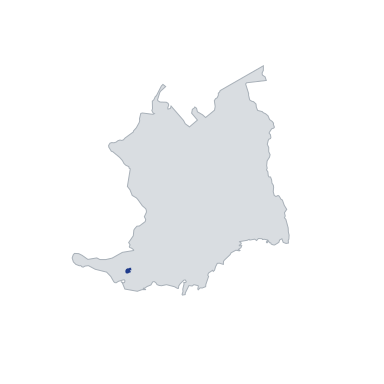 Algarrobo, Magdalena, Colombia (highlighted), rotated 230°
{"feature_id": "7082276B14520345470413", "entity_name": "Algarrobo", "entity_type": "district", "adm_level": 2, "iso_a3": "COL", "parent_name": "Colombia", "parent_adm1": "Magdalena", "projection": "albers", "projection_center": [-74.106, 10.222], "detail": "fine", "context": "in_parent", "style": "filled", "palette": "blue", "viewbox_px": 384, "rotation_deg": 230, "n_neighbors": 0, "source": "geoboundaries", "source_scale": "gbopen_adm2", "svg_char_len": 4825}
<svg xmlns="http://www.w3.org/2000/svg" viewBox="0 0 384 384"><g transform="rotate(230 192 192)"><path d="M217.6,65.6L214.1,67.1L207.3,68.9L202.7,76.7L199.5,78.0L195.6,82.6L192.7,88.3L190.5,99.9L184.7,109.7L185.2,110.1L187.5,109.7L189.7,108.6L190.5,108.9L191.3,110.6L194.0,111.0L196.2,118.9L200.2,123.0L200.7,124.5L201.2,127.8L199.8,129.8L199.4,137.1L200.7,138.9L203.7,139.6L205.8,144.1L207.1,145.1L208.9,145.8L213.4,145.1L221.4,145.7L223.3,145.6L227.8,144.0L233.5,145.9L237.8,146.1L249.4,159.6L250.6,159.2L252.1,159.9L255.0,158.5L257.5,158.2L260.8,158.9L265.1,158.8L273.8,157.2L275.1,156.4L279.9,157.1L281.3,158.1L282.1,160.6L281.5,162.2L279.9,163.8L279.0,165.9L278.9,168.3L278.1,170.2L276.6,171.4L276.0,173.1L276.4,175.4L275.7,185.6L276.4,186.5L277.0,190.7L279.1,196.1L280.1,197.6L281.9,198.9L285.1,203.3L284.4,204.8L276.6,212.0L276.2,213.6L277.7,213.0L280.2,213.6L281.1,215.2L287.1,220.0L287.1,221.9L288.8,225.5L288.5,226.3L292.9,236.7L293.1,238.9L289.7,239.6L289.4,232.6L288.9,231.2L284.9,225.0L284.0,224.5L281.5,225.3L277.3,230.0L275.3,230.7L273.6,230.1L272.0,227.4L270.9,226.9L269.9,229.2L271.3,231.2L252.3,231.5L248.6,230.7L243.5,231.9L243.6,242.4L252.6,242.4L255.1,245.4L254.9,247.9L255.3,248.8L253.2,249.3L250.0,247.7L244.4,249.7L240.3,250.3L240.2,261.9L242.7,264.8L247.6,267.8L248.3,269.9L248.0,271.9L249.2,274.4L250.8,275.7L250.8,277.2L251.6,278.8L242.8,327.8L239.3,324.8L238.1,322.2L236.4,321.1L233.2,322.0L229.7,320.6L240.6,304.0L240.3,302.5L230.9,298.6L229.9,297.6L225.5,295.4L223.1,296.1L221.7,297.2L218.3,297.6L215.6,295.8L212.3,294.7L208.4,297.5L207.2,297.5L204.5,298.7L201.5,299.2L197.6,298.0L194.5,298.8L192.3,298.7L191.5,297.8L188.7,296.8L188.4,295.7L189.2,293.6L188.0,289.6L187.5,288.9L185.4,288.9L183.0,287.4L182.5,286.5L183.0,284.9L182.5,283.5L180.1,280.3L176.8,279.4L173.6,276.7L170.4,275.8L168.9,273.8L167.5,269.5L164.2,266.1L161.9,264.9L161.1,263.3L158.7,263.1L155.5,260.9L154.0,260.7L153.0,261.8L150.0,260.7L147.5,259.0L144.8,258.6L143.1,257.5L140.0,254.4L136.6,252.8L134.6,253.4L134.0,255.7L132.8,256.1L128.9,255.5L128.3,256.0L127.3,255.9L122.5,254.1L117.8,253.4L116.7,249.5L113.7,248.0L112.8,246.2L110.7,246.3L102.7,242.6L99.4,240.1L96.6,238.7L93.6,235.9L93.2,234.7L90.9,233.1L92.1,231.0L94.8,229.5L98.4,230.8L98.9,228.3L97.6,226.1L98.3,221.3L99.3,220.2L101.2,219.2L102.5,219.6L103.2,218.8L106.2,219.2L107.0,218.9L109.3,217.0L110.3,215.4L111.3,215.6L113.7,212.9L113.3,210.3L115.6,209.7L118.0,205.4L119.0,205.3L119.5,203.3L123.7,196.1L122.2,197.0L120.6,196.4L120.9,194.0L120.4,193.7L119.0,195.6L117.9,193.7L118.2,190.6L116.4,191.2L116.5,190.4L119.2,188.2L120.3,182.9L119.5,180.9L119.0,173.0L118.6,171.5L116.4,169.5L119.9,167.2L121.1,165.5L119.6,162.0L117.6,159.0L117.5,157.2L118.8,157.4L119.3,152.5L118.2,150.6L116.7,150.5L112.3,143.2L110.7,141.6L111.9,138.1L113.3,136.6L113.1,133.9L114.0,134.1L115.9,136.5L116.7,136.2L119.8,133.9L119.9,131.7L122.3,129.5L119.0,122.0L117.8,120.8L119.2,118.4L120.0,118.6L121.4,121.0L123.5,122.5L126.6,126.7L128.0,127.6L127.0,128.6L126.8,129.6L127.2,130.1L129.0,130.3L129.7,129.1L129.3,124.0L128.6,121.5L126.9,119.7L127.5,118.9L130.7,117.7L137.4,112.9L139.8,108.4L141.5,106.8L143.5,105.7L145.9,106.0L147.8,105.4L148.4,104.0L147.2,100.8L148.6,96.5L148.6,94.3L149.5,93.0L149.2,92.5L146.8,94.0L149.3,91.0L151.1,86.3L160.8,78.2L167.1,80.2L169.1,80.0L166.5,81.0L166.1,82.2L167.0,83.5L168.0,83.8L168.8,83.0L170.9,78.2L171.2,75.6L172.1,74.7L173.5,74.4L179.6,75.5L185.5,75.1L195.0,68.2L202.2,65.3L204.0,62.4L204.4,60.3L205.7,59.5L207.1,59.5L207.9,58.3L211.2,56.5L214.7,56.2L218.5,57.8L220.2,60.6L220.5,62.5L217.6,65.6ZM106.3,218.3L105.8,218.7L105.0,218.0L104.7,217.2L105.2,216.6L105.9,216.8L106.3,218.3Z" fill="#d9dde1" stroke="#a8b0b8" stroke-width="1"/><path d="M174.8,91.9L174.7,91.9L174.4,91.8L174.4,91.7L174.1,91.2L174.0,90.9L173.9,90.8L173.8,90.7L173.7,90.8L173.7,90.7L173.7,90.8L173.6,91.0L173.1,90.5L172.9,90.3L172.9,90.2L172.6,90.0L172.4,90.2L172.4,90.3L172.3,90.2L172.2,90.2L172.2,90.3L171.9,90.5L171.8,90.8L171.7,90.8L171.7,91.0L171.5,91.3L171.4,91.3L171.4,91.5L171.4,91.8L171.4,92.0L171.3,92.3L171.2,92.5L171.3,92.5L171.2,92.6L171.1,92.8L171.1,93.0L171.0,93.3L171.3,93.4L171.5,93.3L171.4,93.2L171.5,93.2L171.8,93.2L171.8,93.3L171.8,93.2L172.0,93.1L172.3,93.0L172.4,93.3L172.4,93.5L172.5,93.6L172.6,93.8L172.6,94.0L172.6,94.3L172.6,94.5L172.7,94.4L172.7,94.5L172.8,94.6L172.7,94.7L172.8,94.7L172.7,94.8L172.8,94.8L172.8,95.0L173.0,95.1L173.0,95.3L173.1,95.5L173.2,95.4L173.1,95.2L173.3,94.9L173.3,94.7L173.2,94.5L173.2,94.4L173.3,94.4L173.4,94.2L173.5,94.1L173.4,94.1L173.5,94.0L173.4,94.0L173.4,93.9L173.4,93.7L173.5,93.6L173.5,93.4L173.7,93.2L173.8,93.2L173.8,92.9L173.7,92.9L173.8,92.8L173.9,92.7L174.0,92.7L174.3,92.5L174.3,92.4L174.2,92.3L174.3,92.3L174.3,92.2L174.6,92.0L174.6,91.9L174.8,91.9Z" fill="#3b82f6" stroke="#1e3a8a" stroke-width="1.5"/></g></svg>